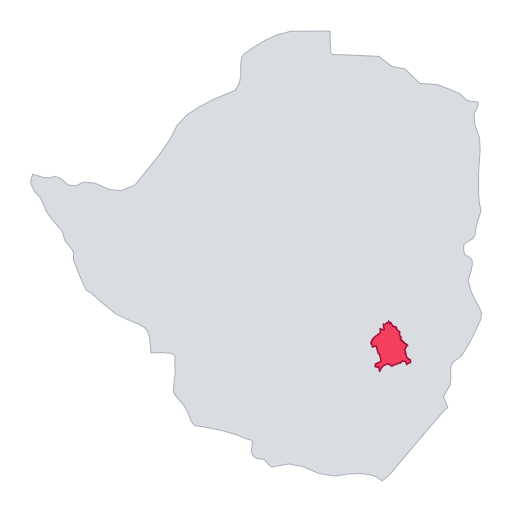 location of Zaka, Masvingo, Zimbabwe
{"feature_id": "62879985B3510020236883", "entity_name": "Zaka", "entity_type": "district", "adm_level": 2, "iso_a3": "ZWE", "parent_name": "Zimbabwe", "parent_adm1": "Masvingo", "projection": "robinson", "projection_center": [31.468, -20.378], "detail": "fine", "context": "in_parent", "style": "filled", "palette": "rose", "viewbox_px": 512, "rotation_deg": 0, "n_neighbors": 0, "source": "geoboundaries", "source_scale": "gbopen_adm2", "svg_char_len": 6787}
<svg xmlns="http://www.w3.org/2000/svg" viewBox="0 0 512 512"><path d="M382.1,480.9L376.9,477.1L369.7,474.6L360.7,473.5L348.9,474.0L334.5,476.0L319.0,473.5L302.4,466.4L288.6,463.9L272.2,467.0L271.5,467.0L268.6,464.6L264.1,459.4L256.6,458.5L254.6,457.3L252.9,455.4L251.8,452.9L251.4,450.1L252.6,441.6L251.9,440.6L249.9,439.6L245.8,438.6L235.9,434.7L223.4,430.9L203.2,426.8L195.4,425.7L193.6,424.5L191.3,421.3L187.4,411.5L183.7,405.0L174.9,395.0L173.5,391.9L173.9,383.9L174.5,377.5L175.4,372.0L175.0,366.9L174.8,360.6L175.1,356.4L173.9,354.5L170.7,353.2L161.7,352.6L150.9,352.9L150.5,346.5L149.4,336.5L147.3,330.7L144.8,327.8L139.8,324.7L129.6,320.4L115.8,313.9L104.0,304.3L90.4,292.4L86.2,290.3L81.1,279.1L73.4,259.9L73.8,253.5L72.7,250.4L65.2,241.0L63.6,236.1L62.2,231.2L50.4,217.4L46.3,211.3L43.2,203.6L40.1,197.4L37.6,194.9L34.2,190.7L31.8,185.9L30.7,182.3L31.6,177.5L32.7,174.2L43.9,177.6L50.0,177.9L54.7,176.2L60.7,178.5L67.8,184.8L75.5,185.9L83.8,182.1L95.0,183.2L109.2,189.5L120.9,190.7L134.8,185.2L147.2,169.9L158.8,155.5L170.3,138.9L177.1,125.4L187.3,114.5L200.7,106.1L214.3,99.0L235.2,90.3L239.4,83.1L240.8,75.2L240.7,64.3L241.8,57.3L244.0,54.1L247.4,51.5L251.9,48.3L265.7,40.0L277.3,34.7L291.4,31.2L306.8,31.2L321.7,31.1L330.1,31.1L330.2,41.6L330.9,53.4L332.6,54.6L343.7,54.8L361.7,55.6L379.0,56.4L390.0,65.0L393.7,66.8L405.2,69.1L419.8,83.4L437.4,84.7L449.5,89.2L460.2,94.1L466.4,100.0L470.3,101.3L475.7,101.7L478.3,102.3L477.7,106.5L474.1,113.7L474.6,123.9L479.5,138.1L480.1,150.5L478.6,172.3L478.6,193.5L479.1,201.0L479.9,206.0L480.9,208.8L480.7,211.9L477.8,220.7L475.4,230.1L475.3,233.8L474.4,236.4L472.6,238.8L465.0,243.1L463.6,245.7L463.7,250.6L464.6,254.6L467.5,256.1L471.0,258.4L472.3,261.4L472.3,264.6L471.2,270.6L468.1,280.4L471.2,291.6L474.6,299.0L479.3,307.4L481.3,312.6L481.2,316.4L480.5,320.0L473.3,335.5L468.2,345.1L461.9,355.4L453.6,361.8L451.5,364.9L450.6,368.5L450.9,376.2L450.5,384.3L443.4,396.7L447.8,407.4L446.8,408.3L444.4,409.9L434.3,421.9L424.0,434.0L416.5,442.9L407.9,453.0L398.4,464.3L390.2,474.0L382.1,480.9Z" fill="#d9dde1" stroke="#a8b0b8" stroke-width="1"/><path d="M388.7,321.2L388.5,321.6L388.3,321.9L388.2,322.3L386.6,322.9L386.7,323.4L384.0,324.7L383.5,324.3L383.3,325.4L384.0,328.4L384.1,328.6L384.1,330.0L380.2,328.8L380.3,330.4L380.2,332.7L380.2,332.8L379.9,333.0L379.6,333.3L378.7,333.9L378.5,334.1L378.0,334.5L377.3,335.1L375.9,336.0L375.4,336.3L375.1,336.5L374.9,336.7L374.6,337.1L374.3,337.3L373.6,338.0L373.4,338.4L373.4,338.5L373.2,338.4L373.1,338.5L373.1,338.8L372.8,339.0L372.6,339.3L372.6,339.5L372.4,339.5L372.3,339.8L372.0,340.1L371.9,340.6L372.0,340.8L371.9,341.3L371.8,341.5L371.6,341.5L371.7,342.0L371.3,342.0L371.2,342.2L371.3,342.4L371.2,342.6L371.0,342.8L371.3,343.1L371.4,343.3L371.2,343.6L371.4,343.8L371.5,344.1L371.5,344.4L371.7,344.7L371.9,345.0L372.1,345.6L372.2,345.9L372.4,346.1L372.4,346.5L372.3,346.8L372.7,346.9L372.8,346.8L373.0,346.8L373.3,346.9L373.4,346.7L373.5,346.6L374.0,346.4L375.4,346.1L375.6,345.9L375.8,345.9L376.1,345.9L376.2,346.1L376.2,346.4L376.3,346.7L376.4,346.8L376.5,347.3L376.5,347.6L376.9,348.1L376.9,348.3L376.8,348.5L376.8,348.8L376.9,349.0L377.0,349.2L377.1,349.4L377.3,350.3L377.5,351.0L377.7,351.4L377.8,351.7L377.8,351.8L377.8,352.0L378.0,352.6L378.1,353.0L378.2,353.5L378.3,353.6L378.8,353.8L379.2,353.9L379.4,354.0L379.5,354.1L379.7,355.1L379.7,355.5L380.1,356.2L380.2,357.0L380.3,357.2L380.4,357.6L380.6,358.2L380.7,359.0L380.9,360.0L380.9,361.1L380.8,361.3L380.5,361.6L379.5,362.0L379.1,362.3L377.6,362.9L376.2,363.6L375.9,363.8L375.6,364.0L375.8,364.3L375.9,364.5L375.7,364.7L375.6,364.8L375.1,365.2L375.0,365.4L375.0,365.5L375.3,365.7L375.4,365.9L375.4,366.0L375.2,366.3L375.2,366.5L375.5,366.6L375.7,366.8L376.0,367.0L376.4,367.1L376.5,367.2L377.0,367.2L377.5,367.0L377.9,366.9L378.5,366.7L378.7,366.8L378.8,366.8L378.9,367.0L378.9,367.5L379.0,367.9L379.1,368.5L379.1,368.9L379.1,369.3L379.2,369.7L379.2,369.9L379.2,370.1L379.2,370.3L379.3,370.6L379.4,371.1L379.5,371.2L379.8,371.1L379.8,370.9L382.1,366.9L384.3,365.2L387.2,364.1L387.5,363.9L388.9,364.2L391.2,365.8L391.8,366.2L394.2,365.0L394.3,365.0L395.1,364.5L397.4,363.8L400.3,362.8L400.2,362.7L400.7,362.4L400.9,362.6L401.9,361.2L405.1,361.1L406.8,364.4L407.2,363.8L408.7,363.2L410.4,362.5L410.4,362.3L410.4,362.2L410.4,361.9L410.5,361.9L410.5,362.1L410.4,361.5L410.4,361.4L410.4,361.2L410.5,361.0L410.5,360.8L410.5,360.7L410.5,360.4L410.5,360.2L410.4,359.9L410.2,359.9L410.0,359.7L409.9,359.6L409.1,359.2L408.9,359.1L408.6,359.0L408.4,359.0L408.2,359.1L408.1,358.8L408.2,358.7L408.3,358.7L408.1,358.4L407.6,358.2L407.3,358.2L407.1,357.9L406.9,357.6L406.8,356.9L406.8,356.6L406.7,356.4L406.4,356.3L406.3,356.2L406.3,355.8L406.1,355.3L406.1,355.1L406.0,354.9L405.9,354.8L405.9,354.4L405.8,354.2L406.0,354.0L406.0,353.9L405.9,353.8L405.7,353.9L405.4,353.9L405.3,353.7L405.4,353.3L405.5,353.0L405.7,352.8L405.7,352.7L405.5,352.4L405.6,352.1L405.5,351.7L404.8,350.0L404.7,349.8L404.6,349.7L405.1,349.1L405.3,348.8L405.4,348.7L405.4,348.2L405.5,348.0L405.6,347.9L405.8,347.8L405.9,347.6L406.0,347.5L406.0,347.4L405.9,347.2L405.9,346.8L406.0,346.5L406.2,346.4L406.3,346.3L406.4,346.2L406.5,346.0L406.7,345.8L407.0,345.8L407.1,345.7L407.5,345.8L407.6,345.7L407.4,345.5L407.3,345.4L407.2,345.5L407.1,345.4L407.0,345.1L407.1,344.9L407.1,344.7L406.9,344.6L406.7,344.6L406.3,344.3L406.1,344.0L405.9,343.9L405.7,343.7L405.1,343.5L405.0,343.4L404.6,343.3L404.6,343.2L404.5,342.9L404.3,342.9L404.3,343.0L404.2,342.8L404.2,342.6L403.9,342.3L403.7,342.3L403.6,342.5L403.4,342.5L403.4,342.3L403.1,342.0L403.2,341.8L403.3,341.6L403.2,341.5L403.1,341.4L402.8,341.2L402.7,341.1L402.2,340.9L402.1,340.7L402.2,340.3L402.0,340.2L401.8,340.2L401.7,340.2L401.3,340.2L400.9,340.1L400.6,340.2L400.6,339.9L400.6,339.7L400.7,339.1L400.8,338.5L400.9,338.2L401.0,337.9L401.0,337.6L401.1,337.4L401.2,337.2L400.8,337.1L400.6,336.9L400.4,336.8L400.4,336.7L400.4,336.3L400.2,336.1L400.1,335.9L399.8,335.8L399.6,335.7L399.6,335.2L399.6,334.8L399.6,334.6L399.5,334.4L399.6,333.9L399.7,333.3L399.6,333.1L399.6,332.9L399.5,332.6L399.6,332.4L399.8,332.2L399.7,332.0L399.7,331.8L399.6,331.7L399.4,331.5L399.1,331.3L398.9,331.3L398.8,331.1L398.7,331.0L398.4,331.1L398.2,330.7L397.7,330.2L397.3,329.9L397.1,329.9L396.8,329.6L396.5,329.4L396.5,329.2L396.2,328.8L396.3,328.7L396.4,328.4L396.6,328.3L396.5,328.0L396.5,327.8L396.5,327.7L396.3,327.4L396.0,327.0L395.9,326.9L395.6,327.0L395.3,326.6L395.0,326.5L394.8,326.5L394.6,326.6L394.3,326.6L394.1,326.7L393.9,326.8L393.8,326.6L393.4,326.2L393.1,326.1L392.9,326.3L392.6,326.2L392.6,325.5L392.4,325.3L392.4,325.1L392.2,324.9L392.0,324.7L391.8,324.4L391.7,324.3L391.5,323.9L391.3,323.8L391.3,323.5L391.1,323.2L390.9,322.9L390.7,322.5L389.8,323.5L388.7,321.2Z" fill="#f43f5e" stroke="#9f1239" stroke-width="1.5"/></svg>